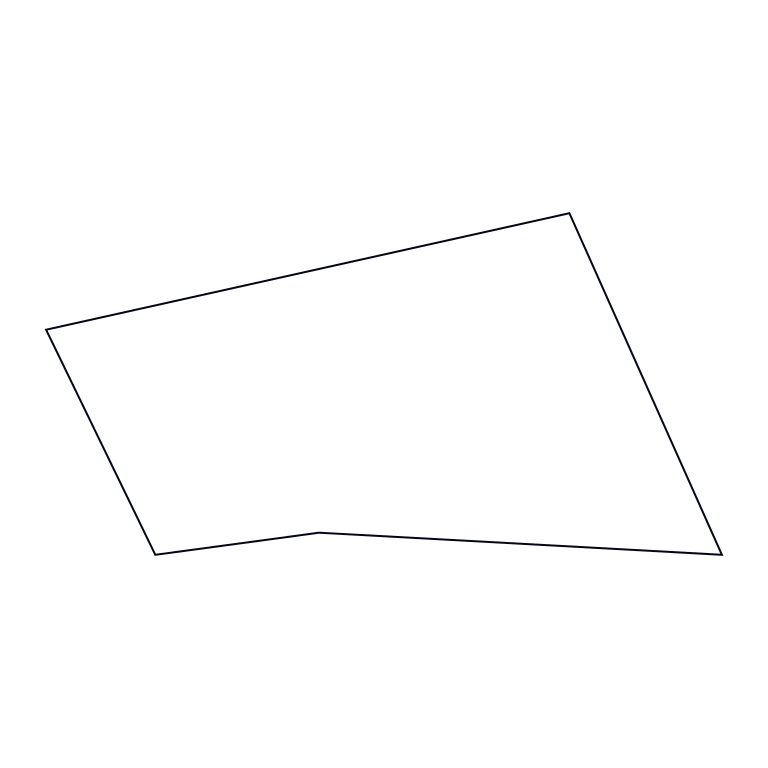 an SVG outline of Wong Tai Sin
{"feature_id": "HKG-5160", "entity_name": "Wong Tai Sin", "entity_type": "state/province", "adm_level": 1, "iso_a3": "HKG", "parent_name": "Hong Kong S.A.R.", "parent_adm1": "", "projection": "mercator", "projection_center": [114.206, 22.344], "detail": "fine", "context": "isolated", "style": "outline", "palette": "ink", "viewbox_px": 768, "rotation_deg": 0, "n_neighbors": 0, "source": "natural_earth", "source_scale": "10m", "svg_char_len": 198}
<svg xmlns="http://www.w3.org/2000/svg" viewBox="0 0 768 768"><path d="M155.3,554.8L46.1,329.7L569.4,213.2L721.9,554.8L318.9,532.7L155.3,554.8Z" fill="none" stroke="#020617" stroke-width="2"/></svg>